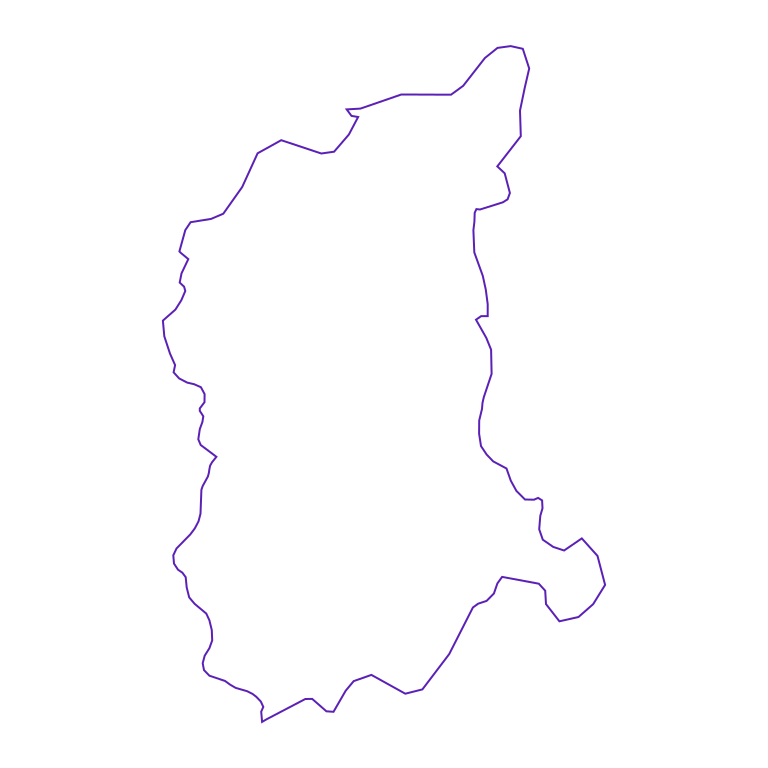 map outline of Lubusz (Mercator projection)
{"feature_id": "POL-3143", "entity_name": "Lubusz", "entity_type": "Voivodeship", "adm_level": 1, "iso_a3": "POL", "parent_name": "Poland", "parent_adm1": "", "projection": "mercator", "projection_center": [15.301, 52.253], "detail": "fine", "context": "isolated", "style": "outline", "palette": "violet", "viewbox_px": 768, "rotation_deg": 0, "n_neighbors": 0, "source": "natural_earth", "source_scale": "10m", "svg_char_len": 2050}
<svg xmlns="http://www.w3.org/2000/svg" viewBox="0 0 768 768"><path d="M262.1,721.9L261.2,711.7L263.3,706.9L260.8,701.5L256.3,696.8L252.5,693.9L247.1,691.2L235.7,687.9L230.2,684.7L225.1,681.0L209.4,675.7L204.0,670.1L203.2,666.0L202.7,663.2L204.7,655.7L209.4,648.2L212.2,640.4L211.8,630.2L209.4,620.3L206.3,613.6L194.6,603.8L189.2,597.4L186.7,587.5L185.7,577.2L182.4,572.7L178.0,569.7L174.0,563.6L173.3,555.3L176.5,548.5L190.3,534.4L194.8,528.4L198.5,521.4L200.5,513.7L201.4,489.8L202.7,486.0L207.9,476.5L208.9,472.8L209.4,469.2L210.1,465.7L212.0,462.3L216.4,456.8L200.7,445.0L198.3,439.3L199.8,429.1L202.4,422.0L203.3,416.3L199.8,410.9L199.8,408.4L204.5,402.2L204.6,394.1L200.9,387.2L194.1,384.2L187.2,382.6L179.1,378.4L173.6,372.3L175.1,365.1L170.0,353.6L164.3,336.3L162.9,320.6L175.4,309.6L181.3,300.3L185.3,291.0L184.1,286.7L179.7,282.6L181.5,273.4L188.3,259.1L180.8,252.9L179.4,251.4L185.3,230.1L190.6,222.2L211.1,218.9L223.3,213.7L242.2,187.0L257.6,153.3L281.2,140.2L321.3,153.5L334.1,151.7L348.9,134.5L358.1,117.0L351.5,115.9L346.7,109.4L360.4,108.6L401.3,94.5L451.0,94.7L463.2,85.8L484.9,58.0L497.5,47.9L510.7,46.1L522.8,48.8L529.2,68.5L524.8,87.5L520.0,110.6L520.8,136.2L497.3,166.4L504.7,173.3L509.9,193.0L507.6,199.3L502.9,202.3L480.0,209.5L476.4,209.1L474.7,212.8L474.4,221.8L473.4,230.2L474.3,252.4L482.8,275.9L485.8,289.7L487.7,304.2L487.7,316.1L481.2,316.1L476.0,319.7L486.3,337.9L491.1,349.7L491.6,373.9L483.8,397.2L482.5,402.9L482.0,408.9L479.2,420.5L479.1,433.7L481.0,446.1L486.6,454.5L493.2,461.4L506.5,468.5L510.8,480.7L516.4,490.9L525.0,499.5L534.0,499.7L538.1,497.9L542.1,500.4L542.5,508.3L540.3,515.8L539.2,529.3L542.8,539.7L553.2,546.9L564.1,550.5L581.8,538.4L597.5,555.9L605.1,584.9L593.2,604.1L578.5,617.0L559.4,621.3L546.0,604.1L545.2,590.7L538.8,583.7L502.1,576.9L497.4,583.4L493.9,593.5L486.6,600.9L478.1,603.7L472.9,607.5L449.2,654.1L422.4,689.4L405.3,693.7L371.4,674.9L353.7,681.1L345.7,690.7L333.5,711.8L326.4,711.3L312.2,698.9L305.3,699.0L266.7,719.2L262.1,721.9Z" fill="none" stroke="#5b21b6" stroke-width="2"/></svg>